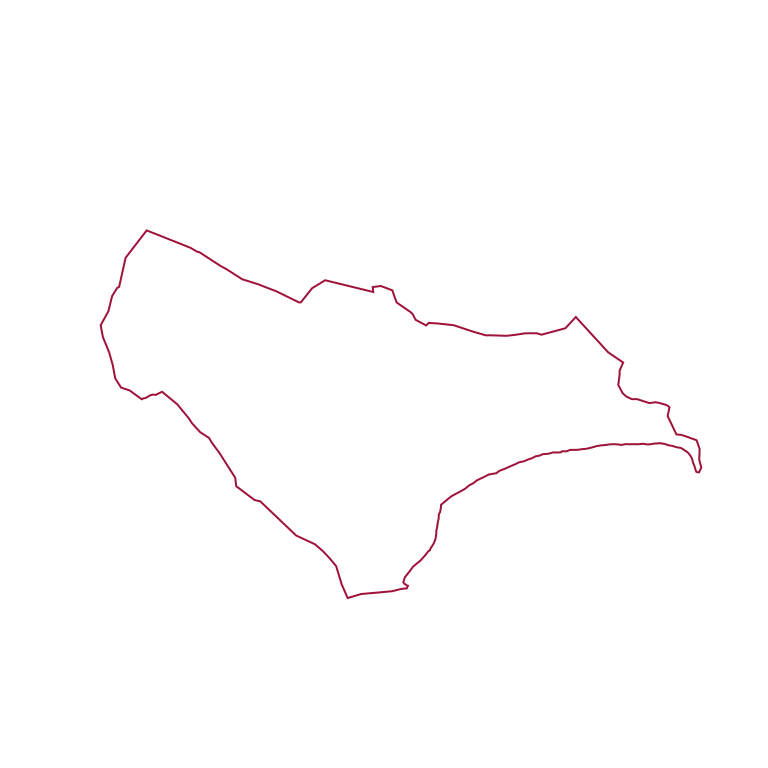 Konshisha, Benue, Nigeria, rotated 320°
{"feature_id": "59680162B50777093344409", "entity_name": "Konshisha", "entity_type": "district", "adm_level": 2, "iso_a3": "NGA", "parent_name": "Nigeria", "parent_adm1": "Benue", "projection": "robinson", "projection_center": [8.769, 7.045], "detail": "fine", "context": "isolated", "style": "outline", "palette": "rose", "viewbox_px": 768, "rotation_deg": 320, "n_neighbors": 0, "source": "geoboundaries", "source_scale": "gbopen_adm2", "svg_char_len": 2818}
<svg xmlns="http://www.w3.org/2000/svg" viewBox="0 0 768 768"><g transform="rotate(320 384 384)"><path d="M405.6,266.7L390.5,264.4L372.8,268.0L371.4,267.0L361.2,244.0L351.8,226.9L342.7,212.6L337.0,194.5L334.5,188.0L327.6,165.4L327.0,163.9L325.9,162.6L323.3,155.3L300.9,113.8L267.2,121.2L243.6,139.3L241.5,138.9L232.2,141.9L219.8,151.0L204.7,156.9L198.7,167.6L195.5,177.9L193.7,183.3L188.4,195.1L181.7,207.0L180.3,217.7L185.0,225.4L188.6,240.0L189.9,240.2L191.0,240.6L191.8,241.2L192.4,241.5L193.0,241.6L195.3,242.0L197.0,242.2L198.9,242.9L200.3,243.7L202.2,245.7L203.8,246.0L209.0,247.3L212.6,266.6L212.5,275.7L212.4,284.9L211.7,290.7L212.2,302.7L215.3,312.9L214.4,318.4L213.6,331.2L209.8,360.0L209.5,360.6L205.1,367.3L210.3,389.8L213.8,394.3L219.3,443.6L228.0,462.2L229.7,472.1L230.3,481.7L230.3,492.7L222.8,510.3L218.6,524.6L231.5,530.2L256.9,547.9L265.5,552.1L270.1,555.2L272.6,553.9L272.2,553.4L271.3,550.4L271.3,548.4L275.7,545.5L277.6,545.1L285.3,543.5L288.8,542.6L292.8,542.6L293.2,542.6L298.4,542.7L305.4,541.7L309.8,540.7L312.4,540.8L314.1,539.8L317.6,538.8L320.3,537.8L323.1,536.2L323.8,535.9L328.2,531.9L329.9,529.9L332.5,528.0L336.9,524.0L338.5,522.9L339.6,522.0L342.2,519.1L344.8,518.1L348.3,515.1L350.1,513.2L352.7,513.2L358.8,513.2L363.2,513.3L364.9,513.6L368.4,514.3L372.8,515.3L378.9,516.4L384.1,516.4L388.5,517.4L392.8,517.5L397.2,518.5L400.7,519.5L402.6,519.9L403.9,520.2L405.9,520.6L409.4,522.6L412.8,524.6L416.3,524.6L422.4,526.7L425.9,527.7L429.4,528.7L432.9,529.8L437.2,530.8L439.4,532.0L440.7,532.8L446.8,534.8L449.4,535.9L453.8,536.9L457.2,538.9L460.7,539.9L463.3,541.9L466.8,544.0L469.4,545.0L472.9,548.0L475.5,550.0L477.2,550.0L477.3,550.1L480.7,553.0L484.2,554.1L490.3,559.1L493.7,561.1L496.5,563.1L498.1,564.1L502.4,566.2L506.8,568.2L510.3,570.2L514.6,573.2L518.1,575.3L520.7,577.3L522.7,579.1L525.0,581.3L526.7,583.3L530.5,585.4L533.7,588.3L536.3,590.3L539.8,593.4L544.1,596.4L546.7,599.4L549.3,601.4L552.8,603.4L555.4,605.4L557.1,606.5L558.9,608.5L560.6,610.5L562.3,613.5L564.9,616.5L567.5,620.5L570.1,623.5L571.0,625.5L571.8,628.5L572.7,631.5L572.7,634.5L572.6,636.5L571.8,639.5L570.0,643.4L569.1,646.4L567.3,650.4L566.8,652.2L568.5,654.2L573.4,651.9L576.9,644.5L584.0,636.7L587.3,628.0L581.3,617.7L578.9,613.9L575.6,610.6L580.7,590.8L587.7,585.4L587.4,583.0L586.1,580.5L582.7,575.5L580.3,572.5L575.1,569.3L568.1,558.2L564.1,554.9L561.5,549.1L560.9,544.4L562.8,535.4L570.4,528.4L573.1,525.2L581.0,521.3L576.1,503.9L574.0,456.0L558.8,457.9L536.4,447.5L533.7,443.4L527.7,438.3L524.5,435.8L515.7,430.4L508.9,425.9L496.4,414.7L493.2,412.1L489.5,406.5L486.1,401.5L475.2,383.8L463.5,371.6L457.5,366.0L453.9,366.2L449.5,355.2L450.9,348.6L450.6,346.2L446.1,329.8L448.4,323.3L450.6,317.6L444.5,306.8L437.6,302.5L434.9,306.6L405.6,266.7Z" fill="none" stroke="#9f1239" stroke-width="2"/></g></svg>